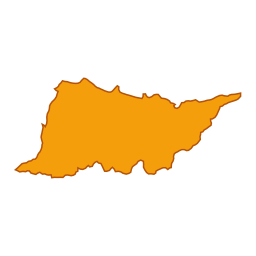 Piracaia, São Paulo, Brazil (Mercator projection)
{"feature_id": "56859067B75407524474731", "entity_name": "Piracaia", "entity_type": "district", "adm_level": 2, "iso_a3": "BRA", "parent_name": "Brazil", "parent_adm1": "São Paulo", "projection": "mercator", "projection_center": [-46.293, -23.043], "detail": "fine", "context": "isolated", "style": "filled", "palette": "amber", "viewbox_px": 256, "rotation_deg": 0, "n_neighbors": 0, "source": "geoboundaries", "source_scale": "gbopen_adm2", "svg_char_len": 3110}
<svg xmlns="http://www.w3.org/2000/svg" viewBox="0 0 256 256"><path d="M15.4,169.8L17.5,170.7L19.7,171.9L22.9,171.4L25.7,171.7L27.3,170.8L29.4,171.0L30.9,173.0L33.4,173.8L35.9,174.4L37.5,173.2L39.8,172.3L42.4,174.1L44.8,173.9L46.9,174.8L48.9,175.1L51.0,174.8L51.8,177.7L54.5,177.3L56.6,177.4L58.2,177.4L60.3,177.3L63.0,177.4L65.3,175.2L67.6,175.0L69.3,175.3L71.2,175.7L73.4,175.2L75.1,174.2L75.9,172.1L77.8,171.2L77.9,167.9L80.3,169.1L82.8,169.4L85.6,168.2L86.9,166.7L88.4,165.5L89.7,166.9L92.3,166.3L93.4,164.0L95.1,162.3L97.0,161.4L98.5,163.0L100.9,163.5L101.9,165.4L103.2,168.2L104.6,171.2L106.7,171.3L109.5,170.4L110.9,168.6L112.4,167.3L114.2,169.1L115.4,171.6L118.5,171.3L120.7,171.8L122.9,173.2L126.2,174.1L128.8,173.4L130.7,172.3L131.5,168.8L132.5,166.7L134.2,165.4L136.6,163.7L138.1,161.4L140.7,160.1L143.4,161.3L143.6,164.4L143.5,167.2L144.9,170.0L146.6,172.5L148.6,173.9L151.0,173.8L154.0,174.2L155.7,173.0L156.0,171.1L158.1,169.9L160.6,168.8L162.8,167.8L165.6,167.7L167.8,169.5L169.5,168.0L171.2,167.6L171.3,165.7L171.6,163.4L173.0,161.1L173.7,158.6L173.5,156.6L174.2,153.9L175.6,152.7L177.6,151.8L179.3,150.7L181.7,149.6L184.3,149.6L186.7,150.6L188.6,150.3L191.3,148.2L193.1,145.6L195.1,144.9L197.3,143.4L199.0,141.2L200.3,139.5L200.0,136.7L200.6,134.4L200.7,132.4L202.8,131.8L204.1,130.0L206.5,128.6L209.1,126.6L211.0,125.3L211.4,123.1L210.7,121.2L210.5,119.1L212.4,118.9L215.0,117.3L216.6,115.1L217.4,113.4L218.3,111.3L219.5,108.7L220.1,106.6L222.5,106.0L224.3,104.4L226.5,103.7L228.1,102.7L230.7,101.8L233.9,100.8L236.7,99.8L238.2,98.9L239.4,97.6L240.6,96.3L240.6,93.1L236.9,93.9L234.6,94.3L231.4,94.5L229.4,95.1L227.8,96.2L225.9,96.0L224.2,95.8L222.2,95.2L219.7,95.5L215.8,97.2L213.4,98.6L211.2,99.6L209.4,100.0L207.1,100.3L204.7,101.1L202.3,101.6L199.4,102.1L197.9,101.3L195.6,99.8L193.6,100.4L190.6,101.1L188.3,100.8L185.9,101.1L184.1,102.5L181.7,102.7L180.5,104.9L179.3,107.0L177.0,108.4L174.7,107.7L173.8,105.8L175.2,104.5L173.2,103.4L170.6,102.8L169.5,101.0L167.2,99.5L164.6,98.6L161.4,98.2L160.1,96.7L158.3,94.5L156.4,94.4L154.1,94.8L151.7,96.7L149.3,97.6L147.5,97.1L146.2,95.6L145.5,93.9L143.2,94.0L143.1,96.6L141.9,98.5L135.7,97.3L128.5,95.1L126.8,94.7L124.8,94.0L122.2,93.2L120.0,92.1L118.7,89.6L118.8,86.8L117.3,85.8L115.8,87.3L113.7,89.7L112.3,91.2L110.6,92.1L108.7,92.1L106.7,91.5L104.6,90.8L102.8,89.9L100.9,89.1L99.1,88.2L97.1,87.6L95.2,86.2L93.6,84.5L91.8,83.1L89.6,81.6L87.4,79.7L85.5,78.6L83.8,78.3L81.5,80.5L80.1,82.3L78.1,83.2L75.9,83.4L74.1,83.3L72.3,83.1L70.0,82.6L67.3,81.7L64.5,81.4L62.5,80.8L60.7,83.2L59.2,84.5L58.4,86.4L56.7,87.8L54.6,88.8L56.2,90.5L58.1,91.4L57.2,93.8L56.4,96.7L55.0,98.9L53.8,100.2L52.1,101.8L50.4,104.2L49.6,106.0L49.4,108.3L49.0,110.5L47.3,113.9L46.8,117.2L47.0,120.8L46.6,123.8L45.2,126.7L44.1,125.3L42.3,124.3L43.1,127.0L42.8,128.8L42.3,131.2L41.9,133.3L41.4,135.1L41.1,137.1L41.5,139.1L42.6,143.1L42.0,144.9L41.9,146.8L41.2,149.3L39.9,151.9L38.7,153.2L37.7,155.0L36.8,157.4L35.3,159.1L33.1,159.3L31.2,160.8L28.6,161.3L26.5,162.8L23.9,163.2L22.0,163.7L19.6,166.0L17.5,168.0L15.4,169.8Z" fill="#f59e0b" stroke="#b45309" stroke-width="1.5"/></svg>